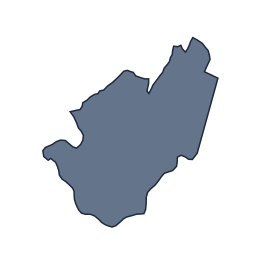 Aiquara, Bahia, Brazil, rotated 190°
{"feature_id": "56859067B38822529234338", "entity_name": "Aiquara", "entity_type": "district", "adm_level": 2, "iso_a3": "BRA", "parent_name": "Brazil", "parent_adm1": "Bahia", "projection": "robinson", "projection_center": [-39.869, -14.097], "detail": "fine", "context": "isolated", "style": "filled", "palette": "slate", "viewbox_px": 256, "rotation_deg": 190, "n_neighbors": 0, "source": "geoboundaries", "source_scale": "gbopen_adm2", "svg_char_len": 1635}
<svg xmlns="http://www.w3.org/2000/svg" viewBox="0 0 256 256"><g transform="rotate(190 128 128)"><path d="M201.0,82.4L198.8,84.6L193.3,81.6L190.9,78.0L188.9,74.3L187.4,69.7L184.0,66.2L180.4,64.6L176.9,62.5L172.1,59.2L170.2,56.5L169.2,51.9L168.4,48.6L166.3,44.4L164.5,41.7L162.3,38.7L159.1,36.1L155.2,35.7L149.8,36.5L145.6,35.6L141.0,33.0L137.5,30.4L133.5,28.8L130.0,28.1L126.5,27.7L123.0,29.7L119.4,34.1L116.8,37.6L114.3,39.9L108.8,42.5L104.6,44.6L100.9,45.5L97.5,46.4L96.5,50.7L97.0,56.7L98.0,63.1L97.5,68.0L95.2,71.9L91.4,76.5L88.7,81.4L86.9,85.5L84.4,89.7L80.7,91.7L76.6,93.9L73.6,98.6L73.6,102.7L74.3,107.9L70.9,110.4L66.7,109.5L62.8,107.7L59.1,108.2L57.2,111.9L55.5,115.0L48.1,192.7L62.5,196.7L61.1,202.4L59.1,209.7L60.6,214.1L62.6,218.2L65.7,220.8L69.6,224.3L74.8,226.6L79.9,228.3L81.3,224.2L82.1,219.9L83.2,215.8L84.7,212.7L88.2,215.4L90.3,218.6L93.2,216.7L97.2,216.5L97.5,212.3L97.2,208.1L98.4,204.8L98.8,200.4L100.5,197.0L102.7,193.4L103.5,188.8L105.6,185.2L107.2,181.8L108.7,178.9L110.9,174.5L111.8,170.8L113.4,165.6L115.7,167.7L115.6,171.4L115.4,175.1L116.2,180.0L119.9,179.3L124.6,179.8L129.5,180.7L132.5,183.7L135.6,184.0L138.5,184.7L142.0,183.2L145.4,178.0L148.3,173.9L151.2,170.1L155.0,166.3L158.6,161.1L162.3,159.6L163.6,156.6L167.1,155.1L170.8,151.7L173.3,148.1L176.9,145.1L176.9,141.5L178.4,137.8L182.7,136.2L187.8,134.0L183.4,129.7L180.8,126.0L178.5,122.4L176.9,119.5L173.7,116.9L170.7,113.2L170.3,108.2L171.8,103.5L175.1,99.3L179.0,99.8L183.2,102.2L187.5,104.8L192.3,104.4L196.1,102.2L199.8,98.5L203.1,96.4L206.1,94.4L207.9,90.8L206.0,85.3L201.0,82.4Z" fill="#64748b" stroke="#1e293b" stroke-width="1.5"/></g></svg>